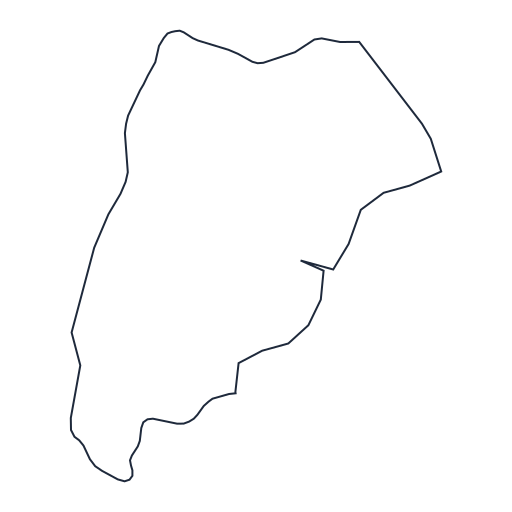 the border of Samut Songkhram
{"feature_id": "THA-424", "entity_name": "Samut Songkhram", "entity_type": "Province", "adm_level": 1, "iso_a3": "THA", "parent_name": "Thailand", "parent_adm1": "", "projection": "albers", "projection_center": [99.94, 13.375], "detail": "fine", "context": "isolated", "style": "outline", "palette": "slate", "viewbox_px": 512, "rotation_deg": 0, "n_neighbors": 0, "source": "natural_earth", "source_scale": "10m", "svg_char_len": 1078}
<svg xmlns="http://www.w3.org/2000/svg" viewBox="0 0 512 512"><path d="M441.2,171.5L409.7,185.6L383.6,192.8L360.8,209.8L348.6,244.0L333.2,269.5L300.6,260.5L323.6,270.7L320.8,299.6L308.4,325.2L288.3,343.5L262.2,350.7L238.6,363.1L235.4,391.9L235.6,393.3L229.0,394.0L212.5,398.7L208.6,401.6L203.8,405.9L197.4,414.8L193.8,418.7L189.1,421.6L183.7,423.6L177.2,423.7L152.9,418.7L147.5,419.3L143.3,422.3L141.3,428.0L139.8,440.9L137.8,446.4L131.9,455.5L130.0,460.3L131.0,465.5L132.4,470.3L132.4,475.8L129.5,479.7L124.6,481.3L117.8,479.4L102.1,470.9L95.2,466.2L89.9,459.2L83.5,445.6L79.2,440.3L74.5,436.8L71.0,430.0L70.8,418.0L80.3,365.4L71.6,332.5L94.2,247.7L108.4,214.3L120.5,193.8L125.6,181.9L127.8,172.3L124.9,133.1L126.1,123.7L128.1,115.6L140.1,90.2L143.5,84.5L147.8,75.6L155.3,62.2L159.0,45.9L163.8,38.0L167.5,33.5L171.5,32.0L175.2,31.2L179.7,30.7L183.7,32.3L192.6,38.1L197.9,40.5L228.5,49.8L237.9,53.8L252.4,61.8L257.6,63.2L263.3,62.8L295.0,52.2L314.4,39.5L321.7,38.4L340.1,42.0L359.2,41.9L422.0,123.8L430.8,138.8L441.2,171.5Z" fill="none" stroke="#1e293b" stroke-width="2"/></svg>